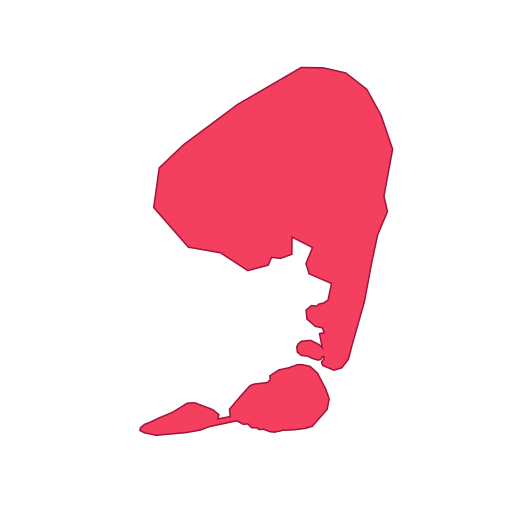 Losap, Federated States of Micronesia, rotated 286°
{"feature_id": "79324940B35142338686244", "entity_name": "Losap", "entity_type": "district", "adm_level": 2, "iso_a3": "FSM", "parent_name": "Federated States of Micronesia", "parent_adm1": "", "projection": "natural_earth1", "projection_center": [152.733, 6.895], "detail": "fine", "context": "isolated", "style": "filled", "palette": "rose", "viewbox_px": 512, "rotation_deg": 286, "n_neighbors": 0, "source": "geoboundaries", "source_scale": "gbopen_adm2", "svg_char_len": 1487}
<svg xmlns="http://www.w3.org/2000/svg" viewBox="0 0 512 512"><g transform="rotate(286 256 256)"><path d="M171.8,348.3L170.4,349.2L169.1,350.5L167.7,362.3L172.0,369.2L182.1,373.3L196.6,372.9L242.2,372.8L279.8,369.2L309.8,367.1L335.0,370.1L348.8,362.5L396.3,357.9L425.9,337.3L446.7,316.6L456.7,291.9L455.4,268.7L449.7,247.5L396.7,196.6L343.2,155.8L314.0,138.7L274.4,144.3L245.8,188.6L249.3,220.9L239.7,252.2L250.6,270.3L258.9,271.3L260.6,280.4L267.6,290.0L284.1,285.4L279.7,308.0L262.4,306.1L253.5,312.0L250.4,336.1L233.5,337.4L229.5,334.0L227.1,329.7L224.5,328.1L223.6,322.9L217.7,319.0L209.4,322.4L204.7,332.5L205.2,339.5L201.1,342.7L198.9,338.4L186.1,345.0L188.1,341.4L190.0,331.7L186.6,323.2L183.2,320.8L180.1,320.2L175.0,322.2L172.9,327.0L174.0,333.4L173.1,338.2L173.1,340.6L173.0,344.0L174.1,346.5L177.9,348.1L177.9,349.1L175.6,349.6L172.8,348.5L171.8,348.3ZM163.1,326.0L157.7,318.5L152.7,309.2L144.6,302.3L141.2,303.8L137.6,302.0L132.4,289.6L129.8,286.0L116.8,279.7L101.4,272.7L94.6,275.5L88.9,264.3L93.3,264.0L96.4,256.7L98.0,237.4L95.6,230.5L82.9,219.0L73.0,206.7L67.0,200.0L63.4,195.2L58.9,192.2L56.3,192.5L55.3,197.3L56.1,209.4L60.8,221.5L66.8,237.1L73.3,250.4L79.0,258.0L92.3,283.0L90.7,290.2L92.3,294.5L89.7,299.0L91.0,304.1L90.0,306.8L91.5,310.8L91.0,318.3L91.8,322.5L96.0,330.1L99.1,339.7L104.0,351.2L107.9,357.2L112.2,359.1L128.3,366.7L138.9,365.7L146.9,360.0L160.4,347.4L164.8,338.4L164.3,330.6L163.1,326.0Z" fill="#f43f5e" stroke="#9f1239" stroke-width="1.5"/></g></svg>